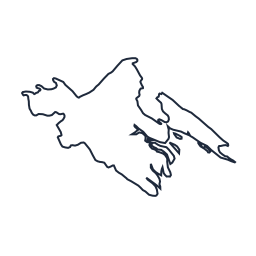 the border of Bangladesh, rotated 315°
{"feature_id": "BGD", "entity_name": "Bangladesh", "entity_type": "country or territory", "adm_level": 0, "iso_a3": "BGD", "parent_name": "Asia", "parent_adm1": "", "projection": "equal_earth", "projection_center": [90.497, 23.681], "detail": "fine", "context": "isolated", "style": "outline", "palette": "slate", "viewbox_px": 256, "rotation_deg": 315, "n_neighbors": 0, "source": "natural_earth", "source_scale": "50m", "svg_char_len": 4567}
<svg xmlns="http://www.w3.org/2000/svg" viewBox="0 0 256 256"><g transform="rotate(315 128 128)"><path d="M94.6,182.4L94.7,179.2L94.6,176.1L92.6,167.9L91.3,163.7L91.4,162.4L91.3,161.8L90.8,156.4L89.9,153.1L89.5,149.6L91.5,144.5L90.7,143.7L88.4,143.0L86.3,142.1L85.8,140.8L86.7,135.8L85.6,133.9L84.0,131.9L83.6,131.1L83.0,130.1L82.3,127.6L83.8,122.4L85.8,116.3L86.1,114.0L86.5,110.0L86.7,108.4L86.4,106.9L84.3,105.2L80.7,104.4L78.1,103.0L76.5,100.8L75.2,99.9L73.6,100.5L71.6,99.7L69.9,97.4L68.5,94.8L68.7,93.5L69.1,91.8L71.8,84.9L72.8,84.7L75.1,86.0L76.0,86.0L77.6,83.3L79.7,75.5L82.7,75.5L85.4,75.8L87.2,76.2L89.0,75.9L90.9,75.3L91.9,74.3L92.4,73.1L92.3,72.0L90.0,70.5L89.1,69.4L88.5,66.3L87.8,65.2L83.3,65.0L81.0,63.6L79.7,62.3L77.5,58.0L74.7,54.9L72.0,54.2L70.9,53.1L70.4,51.5L70.7,49.2L71.5,47.1L72.1,44.7L74.3,41.6L76.8,38.9L78.0,37.1L79.6,35.1L79.8,34.0L79.5,32.8L78.2,31.6L77.3,31.2L77.2,30.5L77.8,28.4L79.0,28.2L81.6,30.0L84.2,33.0L85.7,35.7L85.7,37.7L86.7,38.1L87.8,38.2L89.4,39.1L91.2,38.8L92.3,39.3L93.1,39.1L93.4,37.9L92.5,36.2L91.9,34.9L92.6,33.6L93.4,33.4L94.3,33.7L95.5,34.8L96.4,37.2L96.6,40.8L98.6,44.1L101.2,46.4L103.2,47.5L105.7,48.3L107.8,47.5L108.9,45.2L108.4,43.2L108.8,41.4L109.6,40.3L110.9,40.4L111.9,41.9L114.8,49.7L114.2,53.2L114.8,62.8L114.1,69.1L114.2,70.4L114.5,71.5L115.0,71.9L115.9,71.9L119.4,73.1L122.4,74.4L125.7,75.6L130.6,76.6L133.5,76.3L135.0,76.2L138.0,76.5L145.9,76.0L152.4,75.9L155.1,76.8L157.2,77.1L164.5,76.5L171.8,76.2L175.8,78.2L180.2,81.5L182.6,83.9L183.1,85.3L182.8,86.5L182.0,87.2L180.5,87.2L177.1,85.6L176.5,86.1L176.5,89.3L176.4,89.8L175.7,92.8L173.7,99.4L173.3,102.3L172.9,103.1L172.3,103.5L170.7,103.6L169.4,104.1L168.9,105.2L168.1,107.4L167.5,109.7L166.7,110.4L164.8,109.1L163.7,109.3L162.2,109.8L160.7,111.1L159.7,112.7L158.5,113.3L155.1,112.9L154.4,113.2L154.0,114.3L153.6,115.7L151.0,119.1L150.0,124.6L149.1,128.1L149.3,130.9L151.6,138.0L153.2,147.3L153.8,148.3L154.3,148.6L154.6,148.4L154.5,146.4L154.6,144.1L155.3,143.6L156.3,144.0L157.2,146.1L158.2,149.8L159.3,151.2L161.0,151.7L163.0,150.8L164.4,149.1L165.0,147.3L164.6,143.7L164.5,141.0L165.4,138.5L168.7,134.7L169.2,133.5L169.0,130.3L169.0,127.2L170.2,127.0L171.9,127.5L174.0,126.0L174.7,126.0L175.6,127.6L177.1,127.3L178.3,133.9L179.4,139.7L179.5,142.6L179.7,148.5L180.2,153.4L181.0,154.5L182.0,157.1L182.9,160.2L183.6,161.9L184.1,167.4L184.7,171.4L185.5,184.0L185.9,186.4L186.1,187.7L186.2,199.3L186.5,204.2L187.3,208.3L187.5,209.8L186.7,211.1L185.9,211.3L185.1,209.3L183.3,207.8L180.7,206.2L179.7,205.2L178.3,205.6L176.5,208.0L175.8,210.3L176.1,213.4L176.7,216.6L178.0,218.3L178.1,220.3L178.6,222.9L179.3,225.2L179.6,227.8L179.2,227.8L177.6,224.6L176.2,221.0L172.6,214.4L171.3,202.5L171.2,196.6L168.8,189.7L167.1,180.2L166.4,177.7L167.3,174.6L167.4,173.5L167.0,173.7L165.7,175.3L164.1,171.5L163.0,168.1L158.7,161.1L157.5,158.0L157.4,154.9L155.6,158.0L153.2,160.1L150.6,163.4L149.0,164.3L143.6,164.9L140.6,160.6L136.2,150.1L135.6,147.7L136.1,141.5L135.1,135.7L135.1,132.6L134.8,130.5L134.0,131.0L133.7,132.4L133.9,134.5L133.6,136.4L129.7,136.0L126.2,135.2L129.3,138.3L132.7,139.0L134.5,141.7L134.7,143.9L134.6,146.3L132.8,148.0L131.2,149.1L131.5,151.4L133.5,154.3L131.1,155.1L130.5,156.9L130.4,159.6L131.6,161.9L132.1,163.6L131.8,165.2L132.9,166.9L134.6,170.5L135.1,173.1L134.4,176.7L133.5,178.1L132.0,179.4L128.4,184.0L126.6,189.2L125.1,191.6L123.3,192.0L122.5,191.0L121.0,189.6L121.0,187.1L121.4,185.0L124.6,180.2L122.9,180.9L120.9,182.2L118.0,184.9L117.0,181.6L116.4,178.6L116.4,174.9L118.8,169.5L116.1,172.2L115.4,175.6L115.7,179.6L115.3,182.5L114.3,186.2L112.8,188.5L110.5,189.9L109.5,192.1L108.0,193.7L107.9,190.5L107.4,186.2L105.8,176.1L105.4,178.3L106.3,184.5L106.2,188.6L104.9,191.9L102.4,195.4L100.4,195.8L99.3,195.3L97.5,193.2L95.7,190.1L95.4,185.1L94.6,182.4ZM139.3,182.6L134.8,183.8L132.5,183.4L136.8,174.3L136.6,170.2L136.0,166.9L133.8,164.2L133.7,162.3L132.7,159.7L132.2,156.7L134.6,155.7L136.6,157.4L136.8,158.4L137.3,160.9L138.2,163.5L141.6,168.8L141.6,172.1L140.7,180.1L139.3,182.6ZM149.0,179.6L146.2,182.0L147.1,167.6L149.2,173.0L149.7,175.8L149.0,179.6ZM159.5,172.4L158.3,173.4L157.1,172.5L155.7,169.1L156.4,164.9L156.8,164.2L157.6,165.6L158.6,168.6L159.3,170.9L159.5,172.4ZM169.7,202.8L168.2,202.9L167.4,201.9L167.8,200.5L167.3,195.8L168.6,195.3L169.3,195.3L169.7,196.7L170.1,199.2L169.7,202.8ZM167.7,191.5L166.8,194.3L166.3,192.3L166.7,189.6L167.1,188.2L167.4,188.2L168.0,189.7L167.7,191.5ZM135.8,152.2L136.2,153.7L134.8,152.8L133.7,151.8L133.1,150.4L134.2,149.7L135.8,152.2Z" fill="none" stroke="#1e293b" stroke-width="2"/></g></svg>